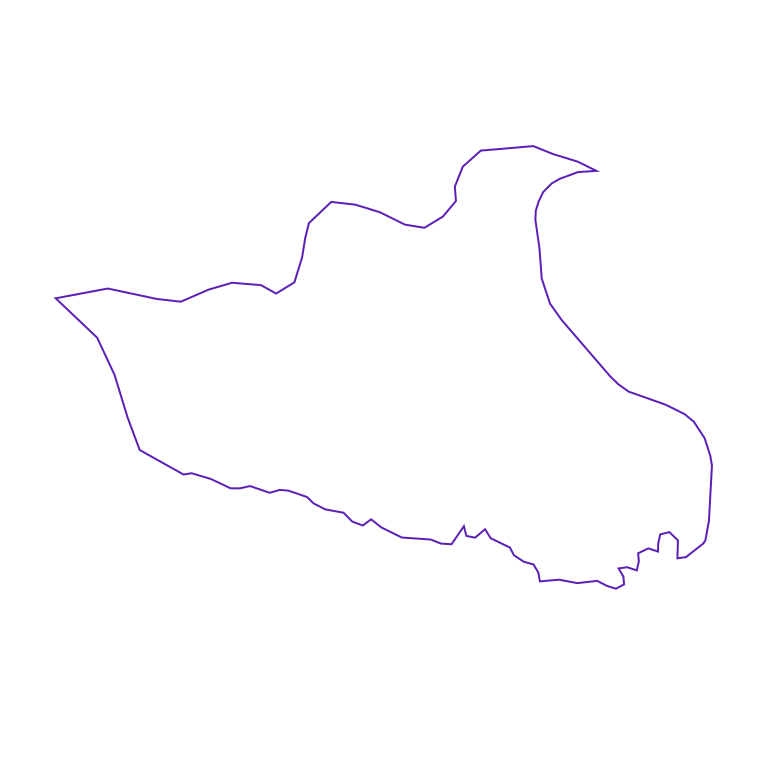 Yonsan, Hwanghae-bukto, North Korea, rotated 175°
{"feature_id": "82179303B92685512874627", "entity_name": "Yonsan", "entity_type": "district", "adm_level": 2, "iso_a3": "PRK", "parent_name": "North Korea", "parent_adm1": "Hwanghae-bukto", "projection": "robinson", "projection_center": [126.278, 38.867], "detail": "fine", "context": "isolated", "style": "outline", "palette": "violet", "viewbox_px": 768, "rotation_deg": 175, "n_neighbors": 0, "source": "geoboundaries", "source_scale": "gbopen_adm2", "svg_char_len": 1464}
<svg xmlns="http://www.w3.org/2000/svg" viewBox="0 0 768 768"><g transform="rotate(175 384 384)"><path d="M464.7,271.3L453.4,264.2L435.5,259.3L427.7,249.8L417.5,244.9L408.6,250.3L399.2,241.4L379.6,229.5L351.1,225.0L340.9,220.0L330.7,218.5L316.8,235.4L315.2,225.5L306.6,223.0L296.0,230.5L291.1,221.0L272.8,210.1L269.5,202.1L260.1,194.7L250.8,191.2L246.7,182.8L245.9,173.8L226.7,173.8L208.8,168.8L188.8,169.3L179.4,163.4L170.8,159.9L162.3,163.4L162.3,171.3L166.4,179.8L157.8,180.3L148.4,176.3L145.6,185.2L145.6,193.2L135.0,197.2L125.6,193.2L124.8,201.1L121.9,210.1L112.6,211.6L104.8,202.6L106.9,184.8L98.3,185.2L79.9,197.2L77.5,200.1L72.2,219.5L67.8,250.5L64.4,274.2L65.2,284.1L69.3,302.0L78.6,319.4L87.2,327.8L105.2,338.8L141.0,355.1L150.4,363.1L158.1,372.0L201.4,432.2L211.6,449.6L217.7,475.4L217.3,505.7L218.9,534.5L217.7,543.4L214.0,552.4L208.7,561.3L199.3,569.3L190.7,573.2L172.3,578.2L153.8,577.8L168.5,586.7L171.7,588.6L195.5,598.3L214.6,608.0L243.3,608.0L267.2,608.1L286.5,593.7L296.2,574.5L296.4,560.0L310.8,545.6L330.1,536.1L349.2,540.9L373.0,555.4L396.8,565.1L420.7,570.0L444.8,550.8L449.7,536.4L454.6,517.1L464.4,493.1L483.6,483.5L497.9,493.2L526.6,498.1L550.5,493.3L579.3,483.7L603.2,488.6L650.9,503.2L703.6,498.0L665.7,455.1L651.6,416.5L642.4,373.2L633.1,339.5L591.6,311.3L583.5,311.9L564.8,304.5L546.0,293.5L536.6,292.6L526.4,294.0L507.3,285.6L497.0,287.6L488.5,286.1L470.5,278.1L464.7,271.3Z" fill="none" stroke="#5b21b6" stroke-width="2"/></g></svg>